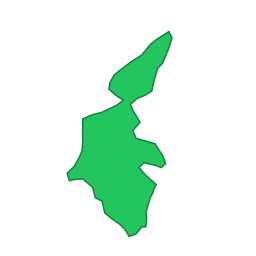 outline of Agia Marina Xyliatou, Nicosia, Cyprus, rotated 196°
{"feature_id": "46923920B35422065670386", "entity_name": "Agia Marina Xyliatou", "entity_type": "district", "adm_level": 2, "iso_a3": "CYP", "parent_name": "Cyprus", "parent_adm1": "Nicosia", "projection": "robinson", "projection_center": [33.054, 35.034], "detail": "fine", "context": "isolated", "style": "filled", "palette": "green", "viewbox_px": 256, "rotation_deg": 196, "n_neighbors": 0, "source": "geoboundaries", "source_scale": "gbopen_adm2", "svg_char_len": 958}
<svg xmlns="http://www.w3.org/2000/svg" viewBox="0 0 256 256"><g transform="rotate(196 128 128)"><path d="M103.2,30.0L97.0,24.0L90.9,28.7L87.5,36.8L83.7,37.9L85.3,46.9L87.5,51.6L87.5,59.3L87.5,66.5L86.2,72.9L86.2,77.1L85.3,81.4L98.4,87.7L106.5,93.1L103.1,99.0L91.0,99.7L88.3,99.4L87.9,99.4L85.2,99.1L82.0,104.1L86.4,110.2L86.6,110.5L97.8,120.3L109.9,120.3L117.3,120.3L122.7,126.9L118.0,136.9L126.8,144.9L132.2,151.5L127.4,158.8L121.4,163.5L115.3,170.1L116.0,180.7L116.0,193.4L112.6,200.0L111.2,212.0L110.6,218.7L110.6,226.7L115.3,232.0L124.7,221.3L129.5,214.7L134.9,202.0L143.6,192.0L151.0,182.1L155.8,175.4L157.8,166.8L157.1,160.1L149.0,156.2L140.2,153.5L145.0,146.9L151.7,140.9L157.8,135.6L165.9,130.9L174.0,124.3L170.6,111.7L167.9,103.0L165.9,93.7L166.6,87.1L169.3,75.8L174.0,67.8L169.9,61.2L163.9,64.5L157.1,66.5L145.6,61.2L140.2,51.9L132.8,50.6L126.8,39.9L119.3,36.6L109.9,33.3L103.2,30.0Z" fill="#22c55e" stroke="#15803d" stroke-width="1.5"/></g></svg>